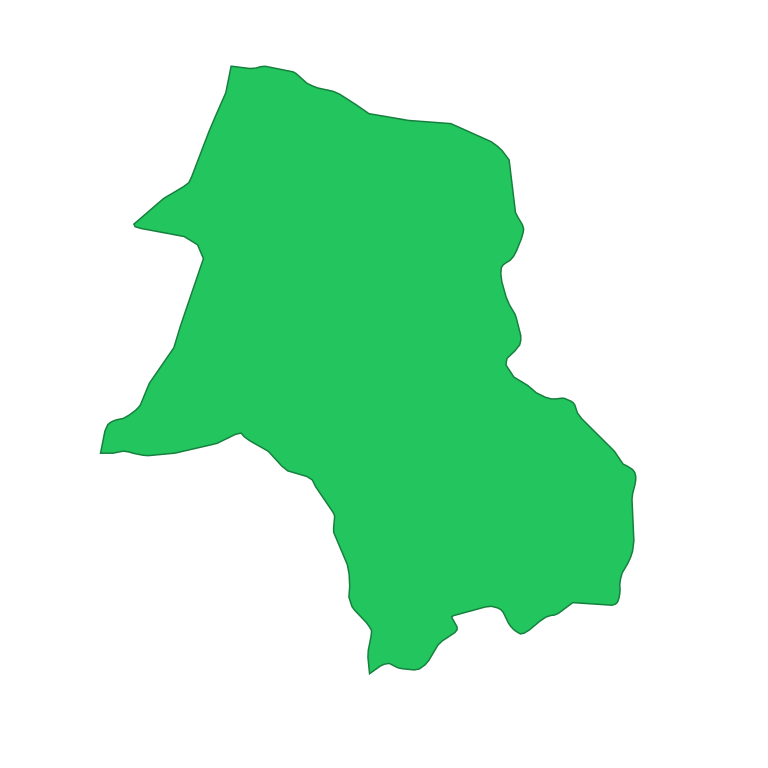 Kâmpóng Spœ, Albers equal-area conic projection, rotated 192°
{"feature_id": "KHM-1787", "entity_name": "Kâmpóng Spœ", "entity_type": "Province", "adm_level": 1, "iso_a3": "KHM", "parent_name": "Cambodia", "parent_adm1": "", "projection": "albers", "projection_center": [104.227, 11.598], "detail": "fine", "context": "isolated", "style": "filled", "palette": "green", "viewbox_px": 768, "rotation_deg": 192, "n_neighbors": 0, "source": "natural_earth", "source_scale": "10m", "svg_char_len": 2474}
<svg xmlns="http://www.w3.org/2000/svg" viewBox="0 0 768 768"><g transform="rotate(192 384 384)"><path d="M204.5,407.5L196.9,405.9L195.0,405.0L193.0,403.2L188.8,395.9L183.3,391.1L144.6,366.1L133.5,355.4L129.2,354.3L123.7,352.3L121.8,351.0L120.1,349.2L118.6,346.1L117.8,342.4L117.6,337.8L118.0,328.3L117.4,322.6L107.0,282.7L106.1,272.2L106.7,266.1L108.2,259.3L111.8,248.5L112.1,241.6L111.6,236.3L110.4,232.3L109.8,228.1L109.6,224.0L110.0,220.3L110.7,218.3L111.7,217.0L112.8,216.2L115.2,215.0L153.9,209.4L165.2,196.5L167.0,194.9L169.9,193.1L172.0,192.6L177.1,189.8L182.4,184.2L190.8,173.5L194.9,169.6L198.5,167.9L201.8,168.9L205.7,170.5L209.5,173.1L212.6,176.0L219.7,185.2L222.6,187.5L226.2,188.6L232.6,188.9L238.5,187.0L267.6,172.0L269.4,170.5L268.4,168.9L262.1,161.7L261.4,158.8L263.0,155.6L273.6,144.8L276.9,140.0L282.8,122.7L285.4,117.9L290.2,112.6L295.0,110.6L306.9,109.3L311.4,109.3L320.9,111.8L325.6,109.9L328.9,107.4L337.9,97.6L342.9,113.3L344.0,120.2L344.2,134.2L344.6,138.6L345.1,140.5L347.7,143.4L351.8,147.1L365.7,156.6L368.4,159.0L369.2,159.9L374.0,168.2L375.5,179.0L378.6,190.9L382.4,199.8L402.3,228.3L403.3,232.2L404.6,243.2L405.1,245.1L406.9,247.6L429.7,269.5L434.1,275.2L440.2,277.5L460.1,279.0L466.8,282.4L482.3,293.5L484.1,294.4L503.3,300.5L509.4,303.2L510.9,304.2L513.4,306.2L515.4,305.5L518.8,303.9L535.0,291.2L574.1,272.9L599.7,264.9L604.9,264.2L615.0,264.1L619.0,264.5L623.1,264.3L625.4,264.0L634.9,259.9L646.9,257.4L647.2,280.0L645.7,287.0L643.3,289.8L640.5,292.0L637.3,293.8L631.9,296.1L626.7,300.7L621.5,306.6L619.3,310.1L617.9,313.0L613.7,335.9L597.1,375.8L595.1,398.9L586.7,469.1L595.3,481.4L610.1,486.7L654.0,485.6L660.1,486.1L661.9,488.4L638.1,519.7L621.2,535.3L616.8,540.3L615.3,546.3L607.8,594.0L604.6,610.6L599.3,636.0L599.6,663.1L580.9,664.7L574.8,666.4L571.6,668.3L568.1,669.6L566.1,670.1L537.6,670.4L534.6,669.4L522.0,662.2L516.6,660.8L510.6,659.8L494.5,659.7L487.8,658.3L469.5,651.4L454.9,645.3L414.9,646.9L372.8,652.6L329.2,643.2L322.0,639.9L317.2,637.0L308.2,629.2L291.0,579.0L287.4,574.6L282.5,569.4L281.4,568.0L279.6,564.6L279.4,560.7L279.8,554.8L282.1,541.7L283.9,535.6L286.4,531.2L290.6,527.2L292.4,524.9L293.4,522.1L292.7,516.3L290.0,508.5L282.6,494.4L277.6,487.3L270.5,479.7L268.4,476.3L260.3,459.8L259.3,455.2L259.4,450.5L262.7,443.8L268.9,434.8L269.0,431.1L268.6,427.9L258.4,417.8L243.0,412.4L233.3,407.1L223.6,404.6L217.1,404.2L212.7,405.2L207.1,407.1L204.5,407.5Z" fill="#22c55e" stroke="#15803d" stroke-width="1.5"/></g></svg>